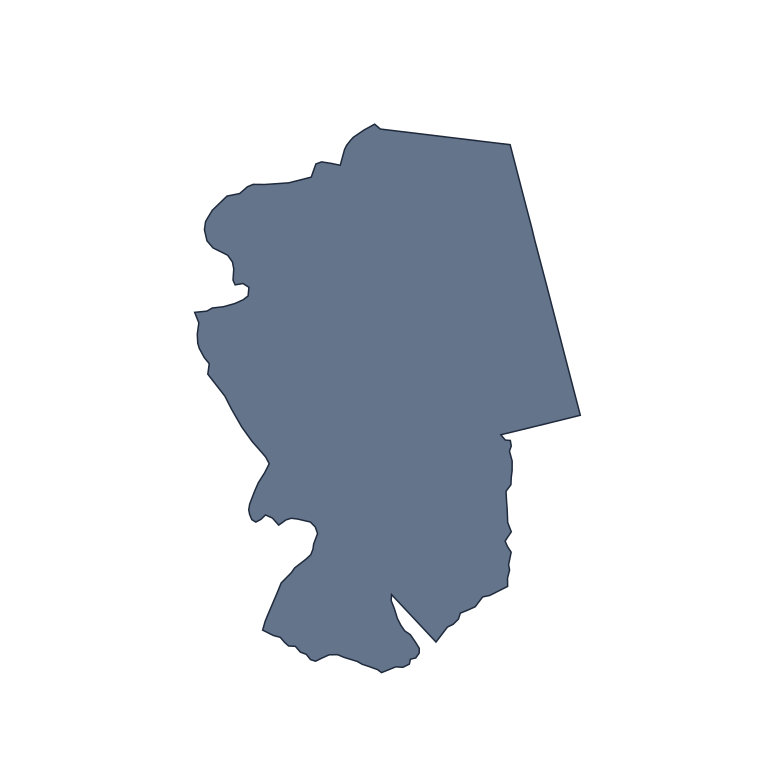 Jataúba, Pernambuco, Brazil, rotated 325°
{"feature_id": "56859067B12457133814695", "entity_name": "Jataúba", "entity_type": "district", "adm_level": 2, "iso_a3": "BRA", "parent_name": "Brazil", "parent_adm1": "Pernambuco", "projection": "mercator", "projection_center": [-36.582, -8.057], "detail": "fine", "context": "isolated", "style": "filled", "palette": "slate", "viewbox_px": 768, "rotation_deg": 325, "n_neighbors": 0, "source": "geoboundaries", "source_scale": "gbopen_adm2", "svg_char_len": 2079}
<svg xmlns="http://www.w3.org/2000/svg" viewBox="0 0 768 768"><g transform="rotate(325 384 384)"><path d="M385.2,144.1L375.0,145.2L363.2,140.0L343.0,143.2L335.3,146.6L331.0,148.6L325.4,154.6L321.1,165.2L322.0,174.5L329.8,188.8L329.8,197.2L326.9,203.6L319.9,212.3L318.9,217.4L326.1,220.8L328.8,227.3L323.2,233.9L316.8,234.2L307.9,232.5L296.8,228.6L286.8,223.2L280.7,222.7L270.0,216.7L267.4,227.7L259.6,236.1L254.8,243.8L253.1,248.9L251.9,259.3L252.5,267.1L245.3,274.9L246.7,302.7L244.7,316.8L242.8,337.6L243.0,355.6L244.5,369.0L245.2,376.2L244.2,383.5L235.2,388.3L224.6,392.7L216.2,397.8L205.1,405.3L201.0,409.5L199.1,413.8L197.9,419.2L199.8,423.6L205.4,424.3L211.8,423.3L215.7,429.8L216.8,439.2L225.8,439.1L231.0,440.8L235.8,445.1L244.5,454.8L245.7,461.6L243.8,468.4L234.6,474.7L231.0,478.6L226.2,481.8L220.0,482.7L205.3,483.4L199.9,485.4L185.7,488.0L177.0,493.6L155.2,507.2L150.4,510.3L143.4,516.0L149.2,526.7L153.7,532.0L154.4,538.8L155.6,543.9L160.9,548.0L161.7,555.7L165.3,560.9L165.7,567.6L168.9,571.8L175.8,572.9L183.8,574.4L190.7,579.1L194.4,584.9L197.2,588.5L203.0,596.0L205.4,601.1L209.2,606.2L215.0,614.4L216.4,619.0L223.8,620.7L231.5,622.5L237.0,626.9L244.1,628.0L247.8,624.6L252.9,626.6L258.5,624.6L261.3,620.7L261.7,613.5L261.8,604.5L259.4,598.2L259.4,591.4L260.5,583.7L263.5,574.4L265.7,565.4L269.4,560.9L278.6,625.2L296.6,619.5L302.8,620.5L310.1,619.3L315.1,615.5L322.6,617.2L330.9,618.8L342.7,615.0L349.1,617.8L369.2,620.7L373.8,613.9L380.2,608.4L382.4,603.5L391.7,594.7L391.9,588.0L393.1,582.2L397.7,580.3L403.5,578.1L405.9,568.4L413.1,557.2L417.0,550.6L422.4,541.9L430.2,539.3L434.5,533.7L439.3,528.4L444.8,520.6L448.3,510.9L452.7,507.8L455.1,502.7L451.2,499.5L450.6,492.6L496.0,510.3L526.9,522.2L544.2,475.7L573.0,398.6L574.9,393.5L589.8,353.1L595.2,339.3L602.3,320.0L624.6,260.3L608.8,246.2L527.2,173.0L525.4,165.8L513.5,164.5L500.5,164.3L496.0,165.3L490.4,167.0L486.3,169.2L473.6,179.7L467.3,173.0L460.2,166.2L454.4,164.7L447.2,169.8L443.1,172.8L421.2,164.5L400.8,152.2L391.3,145.4L385.2,144.1Z" fill="#64748b" stroke="#1e293b" stroke-width="1.5"/></g></svg>